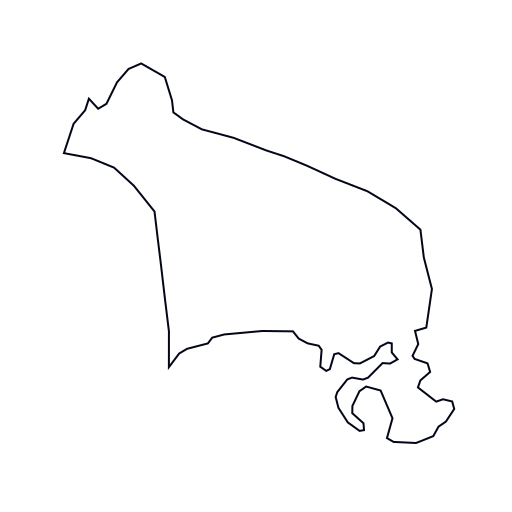 Munchon City, Kangwŏn-do, North Korea, rotated 83°
{"feature_id": "82179303B61369301137013", "entity_name": "Munchon City", "entity_type": "district", "adm_level": 2, "iso_a3": "PRK", "parent_name": "North Korea", "parent_adm1": "Kangwŏn-do", "projection": "equal_earth", "projection_center": [127.347, 39.259], "detail": "fine", "context": "isolated", "style": "outline", "palette": "ink", "viewbox_px": 512, "rotation_deg": 83, "n_neighbors": 0, "source": "geoboundaries", "source_scale": "gbopen_adm2", "svg_char_len": 1331}
<svg xmlns="http://www.w3.org/2000/svg" viewBox="0 0 512 512"><g transform="rotate(83 256 256)"><path d="M79.5,402.7L90.5,407.8L102.5,420.9L128.1,433.0L130.5,434.1L138.8,407.9L151.0,386.1L171.3,368.7L199.5,351.3L223.6,351.4L251.8,351.4L287.9,351.6L320.1,351.6L355.7,356.0L343.4,344.1L339.7,335.7L336.9,314.4L331.7,309.4L330.0,297.0L331.2,258.8L335.3,228.5L343.2,223.7L349.0,215.4L352.7,204.7L357.1,202.3L364.9,203.9L373.7,205.7L378.6,200.3L377.3,196.5L363.0,190.3L362.5,185.9L374.3,171.9L375.3,166.0L369.7,150.9L361.0,143.8L358.0,135.5L359.3,131.9L368.3,133.0L375.8,128.1L379.1,136.1L377.7,143.4L390.4,159.6L391.7,164.8L388.4,175.5L389.6,180.4L401.1,192.0L405.7,194.1L416.7,192.7L432.3,185.2L442.2,174.5L442.0,170.0L435.1,169.7L423.8,179.6L416.6,178.6L402.8,169.8L399.0,162.6L404.7,148.7L433.7,140.3L452.7,148.2L457.3,142.1L461.1,120.0L460.0,115.7L456.4,102.0L447.6,95.6L443.5,87.7L432.0,77.9L424.3,79.0L421.0,87.8L422.5,94.9L406.2,111.3L399.5,108.0L392.3,97.3L383.5,98.8L377.5,111.1L374.2,112.8L363.2,105.7L349.7,107.3L347.8,95.7L310.2,85.4L278.0,89.6L249.9,89.6L225.7,111.3L205.4,137.4L189.0,167.9L172.8,194.1L160.5,215.8L152.3,233.3L136.0,263.8L123.7,294.3L111.5,311.8L103.4,320.5L91.3,320.4L67.2,324.7L50.9,346.5L54.8,359.7L66.7,372.8L86.7,385.9L90.6,394.7L79.5,402.7Z" fill="none" stroke="#020617" stroke-width="2"/></g></svg>